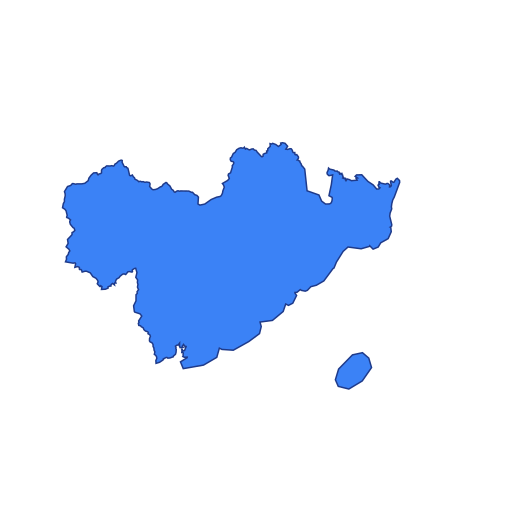 Serua, Central, Fiji, rotated 326°
{"feature_id": "14151628B68154180840071", "entity_name": "Serua", "entity_type": "district", "adm_level": 2, "iso_a3": "FJI", "parent_name": "Fiji", "parent_adm1": "Central", "projection": "albers", "projection_center": [177.939, -18.195], "detail": "fine", "context": "isolated", "style": "filled", "palette": "blue", "viewbox_px": 512, "rotation_deg": 326, "n_neighbors": 0, "source": "geoboundaries", "source_scale": "gbopen_adm2", "svg_char_len": 6144}
<svg xmlns="http://www.w3.org/2000/svg" viewBox="0 0 512 512"><g transform="rotate(326 256 256)"><path d="M198.5,102.1L198.3,101.5L197.5,101.0L195.1,100.5L192.1,101.1L190.6,100.9L188.9,101.8L188.2,101.8L186.7,100.3L185.5,99.9L182.6,97.8L181.0,97.9L180.5,98.3L179.1,97.7L176.7,98.0L175.8,98.6L174.4,100.7L173.4,100.8L171.2,100.1L170.4,100.4L170.2,99.8L170.6,97.9L167.8,96.3L164.5,96.8L161.0,98.0L159.0,99.7L154.7,100.0L151.8,98.7L147.8,96.0L146.8,95.8L144.8,93.6L144.2,93.3L141.8,93.9L138.6,93.0L133.2,95.5L132.6,97.6L131.5,99.4L128.9,101.8L127.6,103.8L125.6,104.8L122.6,107.8L123.7,110.4L123.8,112.3L122.2,116.7L120.7,117.9L120.7,118.4L121.7,119.8L122.4,122.4L121.2,122.9L120.6,123.6L119.8,125.9L120.2,130.2L120.8,131.3L120.1,133.5L118.2,133.9L116.6,133.7L115.5,135.3L114.8,135.6L109.0,136.9L107.3,140.5L103.7,142.2L104.7,145.8L104.5,147.7L102.6,148.4L101.2,149.7L98.5,150.5L97.6,151.7L97.3,152.6L94.8,154.3L100.4,159.7L102.1,160.4L102.2,161.5L99.5,164.1L102.0,164.9L103.1,166.4L103.1,166.9L102.2,168.1L102.3,168.7L103.3,169.3L103.5,170.0L102.9,172.1L105.7,173.0L107.0,173.9L109.2,177.3L109.2,181.8L110.9,185.0L111.1,187.5L110.6,189.2L108.9,190.2L108.9,190.6L109.5,194.0L109.9,194.3L110.6,193.8L111.2,195.2L109.2,197.3L112.5,199.3L115.4,199.9L116.1,198.8L117.8,199.1L118.9,199.8L119.9,198.7L121.7,198.5L122.5,200.8L123.0,199.6L123.8,199.3L124.7,200.1L125.4,198.3L127.5,197.2L130.5,197.4L131.8,196.8L135.1,196.5L136.6,197.0L137.6,198.5L141.0,197.5L142.2,198.0L144.1,199.9L144.6,200.0L145.1,199.6L145.3,198.7L145.8,198.3L148.3,198.4L149.4,198.9L148.0,203.2L144.4,206.5L144.5,209.6L142.8,211.7L142.2,213.6L140.3,215.5L139.8,218.2L137.4,219.1L136.7,220.6L134.9,221.0L131.4,226.1L126.7,228.8L124.1,234.0L124.1,234.7L127.5,239.1L127.7,241.9L122.4,244.2L121.8,245.7L120.8,246.0L120.0,248.0L121.3,249.3L121.3,250.5L122.3,252.3L121.9,254.5L122.4,256.4L123.9,258.3L123.8,259.4L123.0,260.0L123.9,261.9L123.6,263.5L121.6,264.9L120.2,266.8L120.2,268.1L121.2,269.5L121.2,271.7L120.0,273.6L120.0,274.9L118.8,277.2L118.6,278.9L116.7,280.7L117.3,282.2L117.2,284.0L116.5,285.4L114.5,286.7L113.1,289.1L116.6,290.2L120.7,290.2L121.6,289.9L121.7,289.5L124.8,289.9L125.5,290.4L125.7,291.3L127.6,292.4L131.1,293.3L131.7,292.7L134.2,292.5L135.8,291.2L137.7,288.8L137.8,287.8L138.5,287.2L138.8,285.7L140.8,285.7L141.5,286.3L143.9,285.5L142.0,288.2L141.9,289.6L142.7,289.8L143.2,290.7L144.4,291.0L144.5,289.5L146.5,288.8L146.4,290.8L147.5,291.9L147.3,292.3L146.0,292.4L145.9,293.1L143.9,294.4L142.5,293.9L142.6,292.4L142.3,292.0L141.9,292.2L142.0,292.8L140.5,294.5L141.3,295.0L141.5,295.8L140.3,297.1L139.8,298.1L139.1,298.4L139.9,299.8L142.4,301.4L142.0,301.8L134.2,301.5L132.7,308.7L151.5,317.1L166.8,318.1L174.1,311.9L175.5,314.4L184.5,321.4L202.2,322.9L215.5,322.3L220.9,317.4L222.4,313.0L233.6,318.6L247.5,317.2L253.8,312.4L255.3,315.1L260.1,315.7L267.6,311.4L267.5,308.9L267.9,308.0L269.6,309.0L273.9,308.6L274.4,309.9L277.2,312.7L279.4,313.2L284.3,312.1L289.7,314.0L298.3,314.6L312.8,309.5L313.9,309.6L319.3,306.0L330.8,300.9L337.3,300.0L347.2,308.8L355.5,311.5L356.0,311.1L356.9,315.8L362.3,316.9L366.8,314.8L375.3,315.5L381.7,311.5L383.8,307.5L383.5,307.1L385.2,307.0L386.1,305.9L389.1,297.7L391.2,295.4L394.9,292.8L395.7,291.0L397.8,288.6L400.7,286.0L403.5,284.5L416.3,275.3L417.2,273.7L416.6,270.6L415.0,270.5L411.5,272.0L410.8,271.4L410.2,269.5L409.8,269.2L409.4,269.2L409.0,269.8L407.6,273.3L406.7,273.7L405.7,273.7L405.3,273.4L406.4,272.1L406.4,271.2L405.9,269.7L405.2,269.1L403.7,268.9L403.0,268.3L400.4,265.5L399.8,264.4L400.0,263.6L399.6,263.3L398.4,264.6L398.2,265.5L397.2,265.3L396.6,265.9L396.7,266.8L396.3,267.6L396.9,268.8L395.3,269.1L393.5,268.0L392.9,262.6L390.5,256.8L389.1,247.8L384.7,245.0L382.7,245.4L383.8,248.1L382.4,247.6L382.2,249.7L377.2,246.9L376.2,245.0L374.7,243.2L372.7,243.9L372.7,242.5L373.6,242.1L373.7,241.7L372.6,240.7L372.1,240.7L371.5,239.8L372.5,239.4L372.4,238.6L373.1,237.4L372.8,236.8L373.4,235.6L372.9,235.4L372.6,236.1L372.3,235.6L372.4,235.0L371.1,234.8L371.2,234.4L371.8,234.6L371.8,233.0L370.8,231.8L370.8,230.9L369.9,230.5L368.8,229.4L368.7,228.4L365.7,225.2L365.3,223.7L363.7,225.3L361.6,226.5L360.9,227.7L361.2,229.9L361.9,230.5L364.9,231.6L358.4,238.9L350.2,246.8L351.8,249.8L351.7,250.5L350.2,252.4L348.7,253.6L347.4,254.1L346.0,253.9L342.7,251.8L341.1,247.2L342.3,240.6L334.8,230.5L345.0,211.2L344.7,207.4L344.3,206.7L344.9,205.2L344.9,203.0L345.4,201.8L344.5,200.5L344.5,199.7L344.0,199.4L345.8,198.7L346.3,198.1L346.6,197.5L346.5,194.7L345.7,194.5L345.1,193.7L346.0,191.9L344.7,191.1L344.7,189.9L345.2,188.8L345.2,186.9L344.2,186.0L341.9,185.4L340.5,184.1L343.6,182.7L343.1,178.8L341.3,176.9L339.6,176.2L339.1,177.6L335.8,177.7L334.8,174.7L332.8,171.9L331.5,171.9L330.5,170.7L329.1,173.1L325.7,173.7L324.6,175.3L323.5,174.9L322.7,176.5L320.2,175.8L318.8,175.7L317.6,177.2L316.7,177.2L316.1,176.7L315.1,170.4L315.1,168.5L313.9,167.3L313.6,165.6L312.0,164.8L310.1,164.5L309.4,163.7L308.4,161.6L307.0,161.4L307.2,159.3L306.4,159.6L305.0,159.0L304.1,157.9L302.1,157.2L299.4,157.1L296.6,158.4L294.5,158.3L291.0,160.4L289.6,160.4L288.5,161.8L288.4,162.9L288.4,163.6L289.8,165.0L289.9,165.9L289.1,167.0L286.7,167.9L286.2,169.0L281.4,172.8L279.1,172.6L278.0,173.5L277.2,176.8L274.7,177.5L268.7,177.1L268.8,178.8L268.2,181.2L264.8,183.6L263.4,185.1L261.4,186.3L259.9,186.7L256.2,185.2L250.4,184.1L242.6,184.3L237.9,182.4L237.0,180.4L241.2,175.0L240.9,172.7L239.5,170.9L239.0,167.7L238.1,167.1L236.6,164.6L229.7,159.8L228.9,159.6L227.8,158.3L226.6,157.9L224.5,157.9L224.0,157.1L224.1,155.2L223.4,153.5L223.8,149.8L222.9,146.8L223.0,145.5L222.5,144.7L219.0,144.7L218.0,145.3L216.5,145.6L215.4,145.2L212.1,145.2L209.8,144.6L207.7,143.5L207.1,142.3L206.7,138.9L208.5,137.0L208.7,135.5L206.7,133.5L205.1,132.8L204.0,131.2L202.9,130.7L201.7,129.2L200.4,128.9L200.0,127.1L198.6,124.6L199.0,123.2L198.6,121.7L198.8,119.7L197.0,119.5L196.3,118.5L198.8,111.9L198.8,111.3L198.2,110.5L198.3,109.4L196.9,108.5L196.8,108.0L197.4,103.4L198.5,102.1ZM289.4,413.1L292.4,403.7L290.2,395.7L280.7,391.9L261.3,395.9L252.6,403.0L251.3,410.1L258.6,418.2L274.2,419.0L289.4,413.1Z" fill="#3b82f6" stroke="#1e3a8a" stroke-width="1.5"/></g></svg>